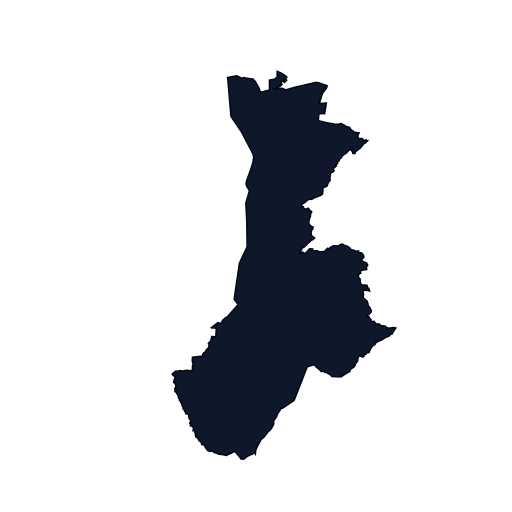 outline of Ramnicu Valcea, Vâlcea, Romania, rotated 137°
{"feature_id": "2599482B78042684823285", "entity_name": "Ramnicu Valcea", "entity_type": "district", "adm_level": 2, "iso_a3": "ROU", "parent_name": "Romania", "parent_adm1": "Vâlcea", "projection": "equal_earth", "projection_center": [24.36, 45.075], "detail": "fine", "context": "isolated", "style": "filled", "palette": "ink", "viewbox_px": 512, "rotation_deg": 137, "n_neighbors": 0, "source": "geoboundaries", "source_scale": "gbopen_adm2", "svg_char_len": 6109}
<svg xmlns="http://www.w3.org/2000/svg" viewBox="0 0 512 512"><g transform="rotate(137 256 256)"><path d="M371.5,225.3L374.3,222.6L376.5,218.7L377.1,219.2L380.7,215.6L382.6,217.3L384.9,220.0L387.9,221.7L389.6,223.9L392.1,225.3L393.0,226.5L397.7,226.9L398.2,224.9L397.6,224.2L397.7,223.0L397.0,222.7L396.9,222.4L398.8,222.0L402.3,220.0L402.4,217.1L402.9,216.0L404.2,214.8L406.0,214.4L406.5,212.9L407.8,212.2L407.3,211.0L407.9,208.8L407.7,208.0L408.6,206.6L408.7,206.0L409.6,204.9L409.6,203.7L409.3,203.1L410.3,202.9L409.8,201.7L411.0,200.6L410.7,199.2L411.4,198.3L411.7,196.9L412.4,196.4L412.2,195.6L413.5,194.2L413.5,192.2L414.1,191.1L414.3,189.5L414.9,188.3L413.6,186.9L413.6,185.6L415.2,184.1L415.1,183.0L415.9,182.6L415.8,180.5L416.0,179.6L416.5,179.2L417.7,179.5L418.2,179.2L418.6,178.7L418.5,177.1L419.8,176.7L418.9,174.9L418.3,174.2L419.2,173.3L419.5,172.3L421.2,171.2L420.3,170.4L421.9,166.8L423.3,165.2L423.2,164.0L422.8,163.2L423.2,160.8L423.8,159.4L422.9,158.7L422.8,158.2L423.4,157.1L423.5,156.1L424.1,155.5L424.2,154.9L422.9,153.1L422.6,152.3L423.6,150.9L424.0,146.4L422.9,144.4L421.8,144.0L421.0,143.0L420.6,140.6L419.2,138.6L418.6,136.6L415.9,133.5L413.5,130.1L411.7,130.0L410.7,129.3L409.7,129.3L408.4,128.5L405.1,128.0L404.8,125.6L405.0,120.3L405.4,117.8L403.5,115.7L399.1,115.4L392.6,113.3L391.2,113.3L391.5,111.6L388.4,114.3L384.7,115.9L377.2,118.3L373.3,118.1L366.9,119.2L364.3,119.0L361.4,119.6L357.6,121.0L355.2,123.6L351.2,124.2L346.5,126.4L344.9,126.3L342.9,127.2L341.8,127.3L340.0,126.5L326.6,124.4L294.1,140.0L288.1,137.1L287.4,135.3L287.7,133.7L287.2,132.9L287.5,131.7L287.0,129.4L287.2,127.3L286.4,126.3L284.9,125.5L285.2,123.9L283.7,122.8L283.8,121.6L283.2,120.6L282.8,118.7L282.4,118.0L282.8,116.2L276.4,109.7L267.5,108.0L266.4,107.5L264.2,108.7L260.4,108.0L258.4,108.3L256.3,109.4L253.5,109.8L250.4,112.2L249.3,112.4L248.3,112.4L246.8,109.2L244.7,109.2L243.4,110.2L242.5,109.1L240.7,109.7L239.2,108.3L236.1,109.8L232.7,110.6L228.8,110.2L227.9,110.7L226.6,110.7L220.7,108.7L216.5,108.0L213.6,106.7L210.6,106.8L209.4,106.1L207.0,107.2L206.2,107.0L204.7,107.7L202.8,107.9L203.2,108.8L204.5,109.9L204.5,110.3L205.9,111.0L208.8,113.4L209.5,117.0L212.2,119.9L212.1,122.1L213.7,123.5L214.3,124.4L214.4,126.8L214.2,127.7L216.1,129.1L216.1,129.9L215.2,131.2L215.3,133.8L214.8,134.7L216.0,135.8L214.4,136.6L213.3,136.2L211.7,136.5L210.4,136.3L208.9,137.3L208.5,138.5L208.3,139.9L207.7,141.2L208.0,142.8L207.8,143.4L207.5,144.1L206.8,144.3L206.3,145.8L205.5,147.0L206.0,152.5L204.7,153.9L203.7,154.3L202.2,156.8L200.5,157.4L197.7,154.5L196.8,152.9L195.6,155.4L195.7,156.1L196.1,156.4L194.8,158.9L195.3,159.2L196.2,160.7L198.0,161.9L198.4,164.2L198.2,164.9L195.5,168.2L195.9,169.5L194.6,171.7L193.8,172.5L193.0,172.3L192.6,172.6L191.2,171.9L190.7,172.9L190.9,173.5L190.6,174.1L187.3,172.7L184.2,170.6L182.8,172.6L180.5,173.1L180.4,173.8L180.8,174.6L179.8,175.1L182.2,181.0L177.7,181.7L176.8,183.6L176.6,185.7L177.0,186.8L178.9,188.4L177.5,189.7L179.5,191.1L180.9,194.2L182.2,195.8L182.0,196.3L181.9,198.1L182.4,200.7L184.5,204.3L184.5,205.7L185.2,205.9L185.8,206.6L189.0,207.3L192.8,211.0L194.0,210.9L195.5,211.6L200.0,211.7L198.6,212.3L198.4,212.8L200.3,213.0L201.8,212.3L204.2,213.6L208.3,217.5L207.5,218.0L210.5,220.6L211.0,221.4L209.7,222.5L212.1,224.9L214.6,224.4L218.2,224.4L218.8,224.8L219.2,227.0L220.8,227.3L221.8,227.1L222.0,227.4L222.0,228.2L219.1,229.2L217.2,230.4L215.0,229.7L212.1,229.6L209.5,230.0L206.4,229.6L205.4,230.1L203.4,229.2L200.8,229.2L201.5,232.8L199.9,235.4L198.7,236.4L195.6,237.3L194.4,238.3L195.2,239.7L195.5,242.7L194.5,244.6L192.0,246.5L188.9,248.0L188.1,249.0L185.9,250.2L185.1,250.3L185.4,253.4L185.1,255.1L185.8,255.7L187.7,256.3L188.3,257.3L188.4,258.9L187.8,259.7L188.0,260.2L188.6,260.5L188.2,262.4L186.6,262.4L184.1,261.8L179.6,261.7L177.9,260.7L176.7,259.5L173.6,258.7L166.9,256.1L165.6,255.9L164.7,256.2L160.2,260.3L157.6,259.0L156.2,258.7L153.5,260.2L149.9,260.9L150.0,261.4L149.6,261.9L145.3,265.4L143.7,265.6L142.9,265.1L140.5,265.2L140.4,266.9L139.6,267.3L137.8,267.0L136.7,267.4L135.9,267.0L135.4,267.9L134.8,267.9L134.1,268.4L133.4,268.0L131.3,269.6L130.6,268.9L128.5,270.0L127.4,269.6L125.2,270.1L124.7,270.5L119.0,269.6L118.0,270.0L115.7,269.8L114.7,270.2L114.7,269.3L113.6,268.6L113.3,267.7L114.1,267.7L114.4,267.2L114.2,266.2L115.0,265.6L115.2,265.0L114.0,263.5L111.8,264.3L105.8,263.8L98.9,264.7L98.6,264.5L98.7,263.9L98.3,263.9L97.9,264.1L97.7,264.8L96.5,264.1L96.0,264.2L96.6,264.5L96.8,265.1L96.2,265.6L97.0,266.4L98.0,266.5L98.9,267.3L98.3,268.3L98.4,269.3L98.2,269.7L100.7,271.4L100.6,272.3L99.8,274.5L96.6,275.8L99.6,279.3L99.9,281.9L100.3,282.5L100.2,285.4L99.9,285.7L100.1,286.7L102.2,289.9L101.9,290.9L103.0,293.2L103.3,294.8L105.1,295.7L108.6,298.6L109.7,300.6L113.1,304.8L118.1,312.5L112.9,317.2L108.7,313.3L100.2,319.9L105.7,324.3L103.6,325.5L104.1,325.9L103.7,326.2L103.1,325.8L100.7,327.2L101.3,327.6L100.7,328.3L100.0,327.6L95.8,329.8L97.0,330.6L96.6,330.9L95.2,329.9L93.5,330.1L94.9,331.3L94.5,331.5L93.0,330.2L92.1,330.4L93.6,331.8L92.6,332.2L91.0,330.5L89.5,330.9L87.8,332.0L92.2,340.3L93.9,342.2L112.3,352.8L120.7,357.1L121.3,357.9L122.5,360.9L128.9,365.8L128.5,365.9L125.7,363.8L125.6,364.5L122.9,364.0L122.9,363.7L119.9,363.7L119.9,365.8L116.8,365.8L116.9,363.6L113.6,363.6L113.6,365.7L111.5,365.7L111.5,367.5L112.6,372.2L114.6,376.6L117.5,373.6L116.9,372.5L122.8,372.7L122.4,372.9L122.7,373.3L123.1,373.1L123.6,373.9L126.2,375.5L132.9,368.2L141.2,372.8L139.3,376.6L137.5,384.3L137.5,387.4L142.4,393.5L143.3,395.0L145.1,395.5L147.1,400.9L155.0,405.9L179.1,375.2L182.1,356.3L188.7,332.5L190.2,330.0L194.8,326.3L200.7,323.0L211.3,317.6L214.2,315.5L215.5,312.5L215.8,309.4L217.0,307.8L227.4,301.6L238.4,288.5L255.3,269.8L256.5,268.7L273.0,262.1L301.5,239.3L302.2,232.7L318.3,231.1L321.3,231.7L324.5,231.7L326.9,230.5L328.0,231.3L329.4,233.3L337.5,234.1L337.5,233.6L334.2,230.4L340.5,224.3L343.3,227.3L343.6,226.8L345.0,226.2L346.8,224.8L350.4,224.6L350.9,223.0L352.8,221.5L354.5,221.2L356.3,221.3L358.3,220.4L360.4,220.8L361.9,220.4L363.4,219.3L371.5,225.3Z" fill="#0f172a" stroke="#020617" stroke-width="1.5"/></g></svg>